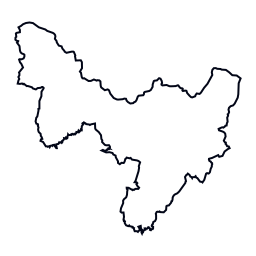 Dungu, Orientale, Democratic Republic of the Congo (Robinson projection)
{"feature_id": "63176286B6974395638231", "entity_name": "Dungu", "entity_type": "district", "adm_level": 2, "iso_a3": "COD", "parent_name": "Democratic Republic of the Congo", "parent_adm1": "Orientale", "projection": "robinson", "projection_center": [28.274, 4.004], "detail": "fine", "context": "isolated", "style": "outline", "palette": "ink", "viewbox_px": 256, "rotation_deg": 0, "n_neighbors": 0, "source": "geoboundaries", "source_scale": "gbopen_adm2", "svg_char_len": 5738}
<svg xmlns="http://www.w3.org/2000/svg" viewBox="0 0 256 256"><path d="M40.5,140.9L43.1,142.0L45.8,146.3L47.1,146.3L47.7,146.8L49.1,146.2L49.7,147.2L50.5,145.8L52.2,145.4L52.4,145.7L52.9,145.0L54.2,144.8L54.6,146.1L55.1,146.3L55.8,147.6L56.3,148.1L56.8,148.1L56.3,145.9L55.7,145.4L56.3,144.9L56.3,144.3L58.4,143.9L59.2,142.3L59.8,142.7L60.5,142.3L61.1,142.6L61.3,142.2L61.8,142.8L62.5,141.8L62.2,140.9L63.6,139.8L64.2,138.8L64.1,138.2L65.0,138.4L65.6,137.7L66.1,138.8L67.2,138.3L67.1,137.6L67.5,137.2L67.3,136.5L68.0,135.3L68.1,134.4L68.7,135.1L70.9,134.9L71.2,134.4L71.6,134.8L72.4,133.9L73.6,134.5L74.2,133.8L75.1,133.6L75.3,134.1L76.2,133.2L76.4,132.0L78.8,132.4L79.1,132.1L78.2,131.4L78.5,130.6L78.8,131.0L79.3,130.7L80.1,131.0L80.8,130.2L81.7,130.4L81.8,130.0L81.1,129.7L81.0,128.9L81.7,128.2L81.8,126.2L83.1,124.4L82.4,123.6L82.6,123.2L83.1,123.3L83.9,122.4L85.1,123.4L85.5,123.3L86.1,124.1L89.2,124.5L89.9,125.0L90.9,124.4L95.0,123.5L95.2,128.4L95.7,129.5L98.8,132.1L101.0,135.2L101.4,139.0L102.3,140.4L102.1,142.0L104.9,144.9L106.2,145.3L109.0,145.2L109.9,146.6L110.0,147.4L109.4,148.3L109.6,148.5L108.7,148.3L108.8,149.1L107.5,149.1L107.3,149.9L106.8,149.9L105.8,150.6L103.9,150.6L102.9,149.9L101.7,150.5L106.1,152.4L109.6,152.2L112.5,153.0L113.3,154.5L115.6,155.6L115.8,157.3L118.0,161.3L118.0,162.9L119.8,164.2L121.5,162.8L123.7,163.0L124.6,161.6L125.3,159.0L126.2,158.4L126.6,157.6L129.6,158.3L130.6,157.9L132.0,159.6L136.9,160.4L138.5,161.0L140.1,162.3L138.8,166.2L139.1,167.7L138.5,171.3L135.6,180.7L134.7,182.2L136.6,182.3L137.3,183.1L136.4,184.2L137.5,186.1L139.1,187.7L138.3,188.9L135.3,188.9L134.0,189.9L133.0,189.6L132.6,190.1L128.6,187.8L126.7,187.7L126.8,188.9L127.6,189.7L127.2,191.4L127.0,194.8L126.2,197.3L123.9,199.3L123.1,200.7L123.2,203.1L121.0,208.3L120.5,211.6L121.6,212.6L123.5,212.5L124.0,216.9L123.5,219.6L123.8,220.8L124.4,220.6L125.0,221.6L124.7,222.1L124.8,223.2L126.1,225.3L128.1,226.1L128.7,226.1L129.2,225.5L129.7,226.2L132.6,226.8L132.5,227.6L134.0,228.1L133.8,228.7L134.7,231.2L136.9,231.2L137.9,231.9L138.5,231.0L139.8,230.3L139.3,228.2L138.4,226.7L140.7,225.9L141.0,228.7L142.1,229.8L141.6,230.6L141.5,232.5L142.0,233.5L142.3,232.6L143.0,232.4L143.7,230.3L145.2,229.8L144.7,228.4L145.5,228.3L146.5,228.8L147.3,228.6L148.2,227.2L148.7,227.2L149.2,228.1L149.9,228.4L150.2,229.1L150.0,229.9L150.6,230.2L150.9,230.2L151.1,229.1L152.7,229.1L153.1,228.3L153.1,226.7L152.0,226.5L151.7,225.9L152.2,224.5L152.8,224.2L153.3,222.0L155.1,221.0L156.1,218.9L156.1,215.1L155.8,213.7L156.7,212.0L157.4,211.7L159.3,211.9L159.6,211.5L160.5,212.1L163.7,212.3L166.1,209.9L166.4,206.2L167.1,205.7L168.9,205.4L171.1,202.7L171.4,201.3L172.0,201.2L172.5,199.8L172.7,197.4L173.7,195.5L174.8,194.5L177.3,193.3L179.2,191.5L185.3,183.0L185.5,181.8L186.0,181.2L185.0,177.0L186.4,174.9L186.9,174.8L187.8,173.6L189.5,174.9L190.4,176.6L191.5,177.0L192.1,178.0L192.4,177.2L194.6,177.1L195.6,176.2L196.2,177.5L197.4,178.1L200.0,181.6L202.1,182.0L202.5,182.4L204.3,179.8L206.1,173.7L207.1,173.1L208.3,173.6L208.9,173.4L209.9,172.2L210.7,168.8L211.8,166.6L211.8,165.1L212.2,164.4L212.1,163.1L211.2,162.5L210.8,161.6L209.4,160.9L208.9,159.6L209.0,158.8L212.2,157.9L218.2,155.1L219.2,156.8L222.5,155.9L224.6,151.5L228.1,148.9L229.6,148.2L228.8,146.5L227.1,146.2L226.1,144.2L225.6,143.9L225.8,142.6L224.9,142.3L223.8,140.7L225.6,136.5L225.2,133.7L224.3,132.5L222.8,131.6L219.0,130.3L218.6,128.9L221.6,127.5L222.9,127.3L223.4,127.6L224.7,126.7L225.4,125.7L226.6,125.5L226.9,123.2L227.6,121.8L227.2,117.6L228.1,115.7L227.7,114.3L228.4,113.8L229.1,112.0L228.5,109.7L229.0,107.8L230.6,106.2L233.1,105.4L234.7,103.6L237.7,97.7L238.3,94.3L238.7,83.2L240.6,78.4L236.7,75.5L232.3,75.2L229.2,72.3L225.9,69.9L221.5,69.6L220.6,69.0L217.2,68.8L215.8,68.1L213.8,68.2L212.4,69.8L211.8,72.3L212.3,75.0L207.5,83.8L204.1,87.8L200.9,92.7L199.6,93.9L196.7,93.5L195.5,95.2L195.2,96.3L192.2,97.4L191.0,97.1L189.6,95.8L187.2,93.1L186.4,90.8L185.2,90.6L182.9,91.0L182.4,90.5L182.8,88.9L182.4,88.4L180.9,88.2L179.8,87.5L178.3,85.4L177.8,85.3L175.6,86.1L170.8,86.3L169.4,86.2L166.6,85.0L162.4,85.4L161.5,84.7L161.5,83.9L162.1,83.1L161.7,80.9L160.5,78.7L159.1,78.2L156.9,80.4L154.5,80.7L153.8,81.1L152.7,84.5L152.6,86.9L150.8,90.0L149.2,91.0L144.9,91.9L144.1,92.5L143.9,94.2L143.3,95.2L138.7,95.7L137.8,96.6L136.5,100.1L135.4,101.7L134.2,102.1L133.3,103.1L130.3,103.5L128.0,102.1L126.6,100.6L126.0,98.8L124.3,98.6L122.7,99.2L118.0,99.6L116.7,99.4L113.7,98.0L110.3,93.7L109.0,90.3L107.7,89.4L104.8,90.2L101.2,87.4L100.7,85.8L100.4,81.4L99.3,80.4L97.3,80.2L96.7,80.6L93.9,79.5L90.9,80.9L88.6,81.0L84.1,78.2L83.2,78.5L82.5,78.3L81.7,76.9L81.0,72.8L79.9,71.6L82.0,68.2L81.9,62.2L80.8,60.3L75.8,60.5L75.0,56.2L75.3,55.4L73.8,51.9L73.2,51.6L71.4,51.7L66.5,52.8L64.7,51.7L64.3,50.8L62.4,48.6L61.6,46.4L58.8,45.6L56.8,42.4L56.6,41.1L54.9,38.8L55.4,36.4L55.1,35.0L54.2,33.8L52.9,32.9L47.2,30.9L45.4,29.5L38.8,27.3L33.0,23.1L29.5,22.5L26.0,23.0L23.1,24.2L20.9,26.0L18.5,27.3L19.9,29.9L19.9,32.2L16.5,32.9L15.9,33.5L16.3,36.8L15.5,37.6L15.4,39.7L16.7,40.8L18.2,41.1L18.1,41.6L17.0,42.7L19.5,46.1L20.0,50.7L20.7,52.5L21.9,53.5L23.8,54.2L24.4,54.8L24.4,56.6L23.6,58.4L21.6,59.3L19.6,59.2L19.1,59.5L20.0,62.3L21.3,63.8L23.0,67.5L19.0,72.5L19.4,73.5L19.4,75.3L18.4,77.0L19.3,79.0L18.5,80.3L17.7,83.6L19.9,83.9L22.1,83.5L23.2,84.3L23.9,83.8L26.8,86.1L27.8,86.0L31.1,87.0L32.1,87.4L32.8,88.4L35.4,89.3L35.9,89.4L37.6,88.1L40.6,87.8L41.9,87.0L42.6,87.0L43.6,87.8L43.6,88.4L41.5,91.7L41.4,96.2L39.4,101.0L39.4,108.6L38.4,108.9L38.5,110.6L37.3,116.5L36.3,117.7L35.6,121.4L36.3,123.6L37.9,124.2L38.1,125.1L37.8,125.7L38.5,127.4L38.1,129.4L38.4,131.1L38.8,132.1L40.6,133.8L40.8,135.8L41.7,137.2L42.3,138.9L40.9,139.4L40.5,140.9Z" fill="none" stroke="#020617" stroke-width="2"/></svg>